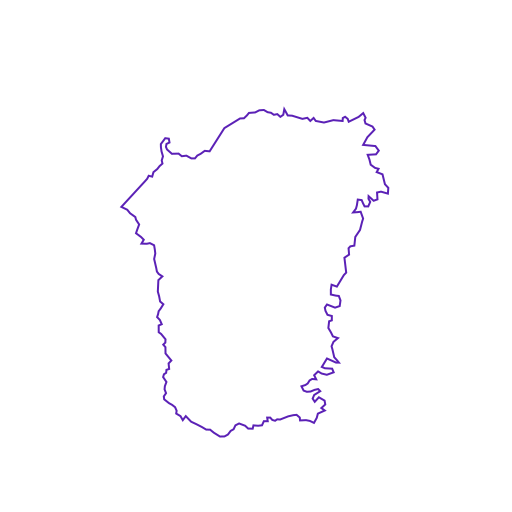 São Martinho da Serra, Rio Grande do Sul, Brazil, rotated 122°
{"feature_id": "56859067B1890205417469", "entity_name": "São Martinho da Serra", "entity_type": "district", "adm_level": 2, "iso_a3": "BRA", "parent_name": "Brazil", "parent_adm1": "Rio Grande do Sul", "projection": "natural_earth1", "projection_center": [-53.88, -29.477], "detail": "fine", "context": "isolated", "style": "outline", "palette": "violet", "viewbox_px": 512, "rotation_deg": 122, "n_neighbors": 0, "source": "geoboundaries", "source_scale": "gbopen_adm2", "svg_char_len": 3379}
<svg xmlns="http://www.w3.org/2000/svg" viewBox="0 0 512 512"><g transform="rotate(122 256 256)"><path d="M431.9,240.2L431.8,235.2L434.0,231.1L429.0,230.7L430.9,223.2L430.2,217.2L429.7,211.2L429.6,206.2L427.6,202.9L428.2,198.1L428.2,190.9L425.7,187.1L422.3,185.2L417.7,184.8L414.8,183.2L410.5,183.7L407.0,181.6L405.7,175.3L406.5,171.2L404.2,167.3L401.0,168.4L398.8,164.2L396.4,161.2L391.9,161.8L389.9,158.5L387.1,160.9L385.5,158.3L386.4,155.3L385.6,152.5L383.3,151.5L381.9,148.9L374.9,143.7L371.2,140.0L369.2,137.4L369.8,133.3L372.1,131.5L368.7,126.6L367.3,122.9L366.8,118.4L361.1,118.7L356.9,120.0L350.6,115.8L350.3,120.0L345.2,118.6L342.3,121.2L342.5,127.8L348.5,128.9L346.9,132.4L343.0,133.0L336.6,129.9L335.9,132.8L338.5,135.4L342.0,137.9L344.2,140.9L344.9,144.3L342.4,148.4L339.2,145.7L336.7,144.6L333.1,144.6L330.5,143.2L328.7,139.6L326.3,143.5L321.0,142.2L320.9,138.1L319.2,133.0L313.5,128.5L311.2,131.7L314.7,138.1L315.2,141.4L312.3,141.4L305.3,141.5L304.0,131.7L302.5,129.2L301.5,132.1L300.4,136.0L294.6,141.8L292.5,144.1L287.7,144.8L282.2,143.0L283.4,148.2L281.1,151.9L278.7,156.5L272.6,159.4L270.4,157.6L266.7,159.9L268.0,164.2L265.7,168.0L263.3,170.3L259.5,170.1L257.9,161.6L254.1,158.5L248.9,160.8L246.0,164.6L247.3,167.3L249.0,172.1L244.7,174.8L240.3,176.7L239.1,171.2L225.6,171.4L222.3,170.7L210.6,180.1L205.5,177.8L200.4,181.6L197.8,181.1L195.1,178.1L187.2,181.9L178.8,181.6L170.6,184.2L167.5,185.0L163.0,190.7L164.9,193.0L167.6,196.7L162.9,196.3L159.6,197.3L154.2,199.6L152.6,196.0L154.5,193.3L156.4,190.2L154.5,187.1L149.6,187.8L147.9,190.9L145.6,192.2L146.8,185.5L143.6,183.0L138.0,187.0L135.2,184.1L133.2,177.2L128.1,179.9L126.8,184.7L119.7,192.0L120.9,198.1L117.1,198.3L118.2,201.7L117.8,207.1L114.1,210.9L111.0,214.9L106.2,208.1L101.6,207.7L99.5,213.0L103.1,220.2L105.0,224.0L96.2,224.5L86.0,222.4L84.5,225.8L85.6,233.4L83.2,236.0L80.7,236.3L78.0,240.8L83.7,242.7L93.0,248.5L91.1,250.9L90.7,254.2L93.0,255.5L95.6,254.1L99.8,262.4L104.2,266.6L106.8,269.1L109.8,276.9L108.4,280.3L112.7,281.5L111.6,285.7L115.1,289.3L117.9,299.8L120.0,303.6L118.2,306.7L116.5,309.8L121.8,307.7L125.1,309.1L124.4,313.1L126.8,315.7L126.6,319.2L127.9,322.4L128.0,326.7L130.7,330.4L134.7,332.8L138.4,337.8L141.6,338.2L145.6,339.2L147.8,342.4L164.3,350.6L191.8,350.8L194.0,355.2L198.7,357.1L201.9,359.0L205.6,359.5L207.5,362.6L207.8,368.2L210.7,371.8L210.2,375.9L213.9,381.5L212.8,387.9L211.2,390.2L208.4,391.3L205.6,389.5L202.7,392.1L204.2,395.4L207.0,395.6L211.5,396.0L214.1,394.3L217.3,391.6L220.8,387.7L224.9,386.6L227.2,384.3L230.8,385.4L234.6,385.8L239.2,387.4L243.7,386.1L244.8,389.5L248.2,389.2L251.7,389.8L285.7,396.2L285.0,389.7L286.5,385.4L286.9,379.0L288.8,377.0L291.2,371.8L297.0,370.6L300.3,369.8L300.8,363.5L301.7,359.8L306.2,359.7L303.5,355.1L301.3,352.8L300.9,348.1L304.3,345.1L307.3,342.7L312.5,340.8L316.1,337.2L319.2,334.1L321.7,331.8L322.8,329.0L322.9,324.6L328.2,326.0L338.2,320.4L341.4,316.9L345.4,313.2L346.0,309.0L350.9,309.0L354.4,309.3L357.3,308.2L360.2,307.5L361.2,303.6L363.8,299.8L366.5,301.7L372.2,298.1L372.4,295.1L374.6,288.6L377.5,287.0L380.3,287.7L381.3,284.5L386.6,281.1L389.5,272.4L393.4,273.2L397.8,269.8L400.0,271.6L402.7,270.3L405.1,271.4L407.9,270.6L410.3,265.2L414.7,264.3L417.5,262.9L420.0,259.6L423.9,259.8L426.2,257.9L426.9,251.8L426.7,248.3L427.1,244.5L429.3,241.3L431.9,240.2Z" fill="none" stroke="#5b21b6" stroke-width="2"/></g></svg>